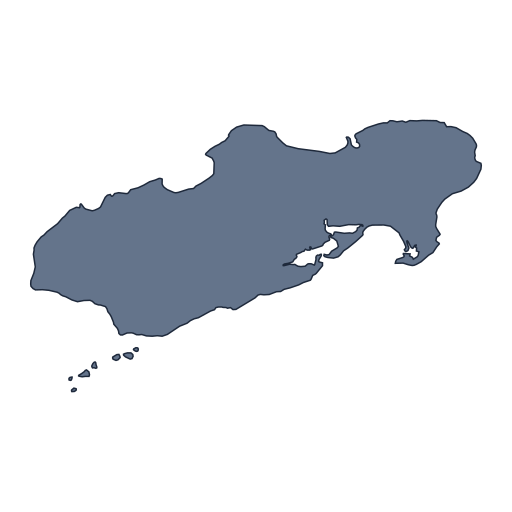 the district of Utila, Islas de la Bahía, Honduras
{"feature_id": "27666195B66203278575702", "entity_name": "Utila", "entity_type": "district", "adm_level": 2, "iso_a3": "HND", "parent_name": "Honduras", "parent_adm1": "Islas de la Bahía", "projection": "albers", "projection_center": [-86.928, 16.088], "detail": "fine", "context": "isolated", "style": "filled", "palette": "slate", "viewbox_px": 512, "rotation_deg": 0, "n_neighbors": 0, "source": "geoboundaries", "source_scale": "gbopen_adm2", "svg_char_len": 6049}
<svg xmlns="http://www.w3.org/2000/svg" viewBox="0 0 512 512"><path d="M362.9,130.4L356.1,133.8L355.2,134.8L354.8,135.9L355.5,137.9L356.8,139.4L356.6,142.1L358.5,142.9L359.5,144.3L359.7,146.2L358.9,147.4L357.6,147.9L356.0,148.0L354.5,147.5L352.6,146.2L351.4,144.9L350.1,138.8L348.4,137.2L346.8,137.0L346.3,137.4L347.9,141.2L347.9,143.1L347.2,145.0L345.4,147.3L335.2,152.9L329.9,153.5L319.3,151.4L298.2,148.7L286.4,145.8L282.7,142.8L277.2,137.3L276.6,136.4L276.1,133.9L274.8,131.9L273.5,131.3L268.8,130.4L264.4,126.7L262.1,125.6L243.8,125.0L236.6,127.1L231.4,130.7L228.7,134.6L228.5,135.2L229.0,136.0L228.8,136.5L225.1,140.8L221.6,142.5L219.4,144.2L215.0,146.3L210.3,149.3L205.9,153.5L205.6,154.4L206.2,155.1L212.1,158.1L213.7,161.1L214.2,162.7L213.8,173.7L212.4,175.5L209.1,178.1L201.1,183.4L195.9,186.1L193.6,188.5L188.6,189.1L178.3,192.4L175.7,192.8L173.9,192.5L167.2,189.6L164.1,187.3L162.8,185.6L162.1,183.9L162.2,179.1L160.8,178.5L159.1,178.4L155.4,180.0L149.7,181.7L143.8,185.1L138.0,187.8L130.7,189.7L128.4,192.8L127.4,193.5L126.2,193.6L118.6,192.7L114.6,193.6L113.1,195.6L112.0,196.3L111.4,196.1L110.3,194.5L107.4,195.2L105.2,197.4L100.5,207.0L98.5,208.5L94.4,210.3L92.2,210.8L85.8,209.1L84.3,208.1L81.3,204.1L80.8,203.9L80.1,204.5L79.9,207.1L79.5,207.7L76.3,207.3L69.7,210.4L64.9,216.1L62.4,218.1L57.6,223.7L47.2,231.6L43.9,235.1L41.2,236.9L37.1,241.8L35.1,245.2L34.0,248.0L34.1,250.1L33.4,254.2L35.3,266.9L33.8,273.3L30.9,280.6L30.7,284.1L31.0,286.3L33.1,288.6L35.5,289.9L42.5,289.7L48.9,290.3L57.1,292.2L59.1,293.2L60.6,294.6L62.7,295.8L65.9,296.8L71.8,299.9L77.5,301.7L83.9,300.5L90.0,300.3L92.3,301.3L94.9,303.7L98.4,304.9L100.4,305.0L105.5,306.6L106.9,308.7L107.9,311.8L109.9,314.3L111.3,316.8L113.5,322.3L113.8,324.2L117.4,328.4L118.5,330.9L118.9,333.5L120.4,334.9L122.4,335.0L127.0,333.0L131.5,332.8L133.3,333.2L136.5,334.7L138.9,334.8L141.8,334.5L146.4,335.9L152.3,336.2L157.3,335.7L162.2,336.2L167.4,334.4L179.6,326.2L187.1,323.2L190.4,320.6L194.1,318.8L198.4,317.7L210.6,311.0L214.5,309.7L215.9,307.6L218.4,307.0L221.8,307.0L223.0,307.4L226.0,307.5L227.5,308.2L230.5,307.6L233.0,309.6L235.9,309.4L255.0,297.9L258.1,295.0L260.4,294.4L263.8,294.8L269.2,294.5L276.5,291.7L280.6,291.5L284.2,289.3L290.2,287.8L298.7,284.9L303.4,282.5L310.4,280.2L311.2,279.0L312.7,275.4L315.2,274.2L316.2,273.4L322.5,265.7L322.5,262.8L319.1,261.9L318.6,261.1L319.1,259.3L321.1,256.1L321.4,254.9L321.1,254.2L320.0,254.5L319.3,255.2L317.5,255.1L316.3,256.1L315.9,257.4L316.0,259.5L314.7,264.6L314.3,265.1L311.3,263.8L308.9,263.7L307.7,264.0L305.2,266.2L300.9,266.6L297.8,266.2L294.8,264.4L293.3,264.6L289.8,264.2L283.9,265.7L283.2,265.6L283.1,265.0L284.3,264.0L288.2,263.3L292.7,261.9L294.4,259.2L295.7,258.5L296.8,257.0L296.9,256.4L296.3,255.2L296.5,254.3L300.6,252.6L302.2,251.6L304.0,251.2L305.4,249.2L307.1,250.1L309.7,250.1L310.5,249.7L309.7,247.6L310.1,246.8L310.9,247.1L311.5,248.7L312.5,249.0L322.0,245.9L322.9,245.1L323.3,244.0L325.0,242.3L329.3,240.3L329.7,239.2L329.0,237.4L329.0,236.2L329.4,235.7L331.1,234.9L331.3,234.4L330.6,233.8L328.7,233.2L327.0,232.3L325.4,230.3L325.1,228.6L325.4,224.9L324.0,223.8L324.4,222.1L324.1,220.3L325.8,219.0L326.5,219.1L327.1,219.8L327.3,224.6L328.5,226.3L333.0,225.8L339.7,226.3L348.7,224.6L356.0,224.8L358.8,224.4L362.0,224.6L362.7,225.1L363.0,226.0L362.8,226.3L361.0,225.5L360.3,225.7L359.0,227.3L357.4,227.9L357.1,230.0L355.7,231.6L352.5,233.3L349.6,232.9L344.3,233.3L335.7,232.0L334.4,232.2L333.5,234.7L332.4,235.7L330.9,236.2L330.6,237.0L331.2,237.6L333.4,238.3L336.8,241.0L338.4,246.4L337.1,247.9L331.6,251.2L329.1,254.6L326.8,255.0L324.2,254.3L323.8,255.7L324.9,256.7L327.8,257.5L333.6,258.1L338.1,256.8L340.3,254.9L343.6,250.8L347.8,248.0L355.8,241.5L362.6,235.3L363.0,234.5L362.7,232.8L363.2,231.3L364.8,229.2L367.0,227.1L369.3,225.9L372.4,225.1L383.8,225.0L390.5,226.2L399.1,232.9L399.9,235.0L403.5,241.2L405.7,246.3L405.8,247.9L404.3,249.8L405.4,251.5L406.6,251.4L408.0,250.5L408.9,248.0L407.0,242.8L406.8,241.1L407.2,240.8L408.0,241.5L410.7,246.9L412.3,248.3L413.1,248.1L414.7,245.4L416.1,245.0L416.2,245.6L415.3,247.0L416.6,248.0L416.4,251.0L418.9,251.8L418.1,255.6L417.2,256.8L413.3,259.2L412.5,257.4L409.6,255.9L410.1,253.9L403.4,253.5L403.2,254.1L404.2,255.9L403.9,256.8L402.8,257.5L396.9,259.4L395.7,261.3L395.3,263.3L403.1,263.1L408.2,264.7L412.1,265.5L414.0,265.3L416.3,264.4L421.2,261.7L428.6,255.2L432.9,252.6L436.8,246.7L439.3,243.9L439.0,243.1L436.9,241.7L435.9,240.4L436.6,237.3L439.5,235.2L440.1,234.2L436.6,228.5L435.7,226.4L435.7,224.4L436.9,217.0L436.7,215.2L436.1,213.9L436.0,212.8L437.3,209.1L441.8,202.4L444.8,199.1L452.4,193.7L461.1,191.1L468.4,187.1L473.7,182.3L476.6,178.5L480.9,169.2L481.3,165.4L480.9,163.3L476.3,161.4L475.4,160.2L474.8,158.5L474.7,157.2L475.2,155.8L474.6,152.1L475.0,150.0L476.4,146.9L476.5,145.2L476.1,143.9L472.7,138.2L470.0,135.5L467.3,133.5L462.7,131.5L456.1,127.7L451.0,126.6L446.6,126.7L444.2,122.6L440.1,122.5L436.4,120.7L422.5,120.4L416.7,120.9L409.8,120.6L405.8,122.3L402.3,121.0L396.9,121.8L392.9,120.8L390.0,120.7L387.3,122.9L383.3,122.9L378.4,124.0L368.0,127.4L364.9,128.8L362.9,130.4ZM82.2,376.8L85.2,376.4L89.0,376.4L89.5,374.8L88.9,371.9L86.5,369.9L85.3,370.4L84.2,371.7L81.9,373.4L78.7,375.3L78.6,375.9L79.0,376.2L82.2,376.8ZM130.2,359.1L132.0,358.6L133.1,356.3L132.8,354.5L131.0,352.9L127.3,352.9L124.7,353.6L123.5,354.2L123.6,355.2L125.5,356.9L130.2,359.1ZM116.0,360.4L118.0,359.8L120.1,357.6L119.9,356.3L118.9,354.4L116.8,354.6L112.8,357.0L112.6,358.0L113.1,359.2L116.0,360.4ZM95.9,368.3L96.8,367.8L96.8,366.9L96.0,364.6L95.8,362.8L95.2,362.0L94.8,362.0L94.1,362.3L92.9,363.6L91.9,365.6L91.8,366.6L92.5,367.9L94.0,367.7L95.9,368.3ZM136.7,351.4L137.7,351.1L138.1,350.4L138.3,349.0L137.7,347.9L135.9,347.7L133.7,348.9L133.5,349.6L133.9,350.1L135.4,351.1L136.7,351.4ZM71.8,391.6L74.2,391.5L75.6,390.7L76.3,389.9L76.1,388.7L73.9,388.1L72.4,389.3L71.6,390.0L71.5,390.8L71.8,391.6ZM70.3,380.4L71.1,380.2L71.5,379.6L72.1,377.8L72.0,377.0L70.0,377.4L69.0,378.3L69.0,379.9L70.3,380.4Z" fill="#64748b" stroke="#1e293b" stroke-width="1.5"/></svg>